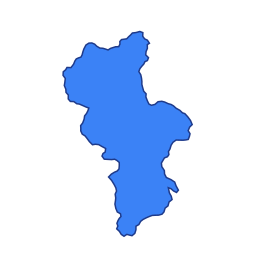 outline of Santo Antônio do Aventureiro, Minas Gerais, Brazil, rotated 147°
{"feature_id": "56859067B95763753347810", "entity_name": "Santo Antônio do Aventureiro", "entity_type": "district", "adm_level": 2, "iso_a3": "BRA", "parent_name": "Brazil", "parent_adm1": "Minas Gerais", "projection": "natural_earth1", "projection_center": [-42.811, -21.75], "detail": "fine", "context": "isolated", "style": "filled", "palette": "blue", "viewbox_px": 256, "rotation_deg": 147, "n_neighbors": 0, "source": "geoboundaries", "source_scale": "gbopen_adm2", "svg_char_len": 2379}
<svg xmlns="http://www.w3.org/2000/svg" viewBox="0 0 256 256"><g transform="rotate(147 128 128)"><path d="M192.4,49.6L191.5,46.0L191.6,42.4L190.3,39.4L186.9,39.4L185.1,37.4L183.3,35.5L179.7,35.9L176.8,38.3L174.8,41.3L171.5,41.1L168.3,42.8L165.2,43.1L161.3,42.7L157.9,42.1L155.3,41.5L152.5,39.9L149.7,38.2L146.4,37.2L143.6,38.0L140.5,40.6L136.9,40.9L133.9,43.6L130.0,44.0L128.9,47.2L128.6,51.1L126.7,56.0L125.0,53.6L124.1,50.4L122.4,47.5L119.6,48.4L119.2,53.3L118.3,57.2L120.0,61.2L122.8,65.6L122.4,69.5L120.7,72.5L120.7,77.2L119.1,80.4L116.3,81.8L113.7,83.1L110.6,82.4L108.2,83.4L106.9,86.2L104.3,87.5L101.2,90.1L98.1,91.5L94.2,91.7L91.0,89.5L88.5,87.8L86.0,86.5L83.7,85.6L81.2,87.4L79.1,89.4L79.0,93.0L75.8,95.2L72.3,95.9L71.5,100.3L71.8,105.0L72.5,109.1L74.1,111.1L74.9,114.6L76.9,118.4L77.8,121.8L79.0,124.2L81.1,126.6L83.1,129.8L85.1,132.0L88.5,133.7L92.5,133.1L96.0,134.3L97.4,136.7L97.0,140.0L96.1,144.3L94.2,146.8L94.8,150.3L93.6,154.2L92.6,157.1L91.0,159.5L89.5,162.5L88.3,165.7L88.2,169.4L85.7,171.3L82.7,172.3L80.0,173.0L77.7,174.4L75.0,174.0L72.5,175.8L73.3,179.7L71.2,182.3L68.4,184.2L66.4,187.4L63.9,187.4L63.9,191.1L65.5,193.7L65.7,196.9L63.6,199.9L65.5,202.5L69.3,203.7L72.6,205.3L75.2,204.6L77.7,204.2L80.5,203.5L82.9,204.6L85.3,205.7L87.7,205.0L89.1,202.7L91.5,201.3L94.2,202.9L96.7,203.6L99.3,204.3L102.2,204.3L104.0,206.6L105.6,208.5L108.1,210.4L109.7,213.7L110.3,216.5L112.0,219.0L114.6,220.5L118.1,220.5L122.0,218.3L124.4,216.4L126.7,214.3L128.9,213.1L131.5,213.8L133.8,214.1L136.1,213.1L138.8,211.2L142.9,209.7L146.2,212.0L148.6,210.8L151.7,210.4L153.8,207.5L153.6,203.7L156.1,200.7L158.3,198.3L159.0,194.4L160.6,191.6L160.1,188.2L162.3,184.9L161.9,181.7L159.0,179.6L157.8,176.3L155.8,174.6L153.8,171.6L151.8,168.5L150.0,166.1L152.1,164.4L154.8,162.8L157.8,161.8L160.0,159.3L163.3,156.9L166.4,155.8L167.7,153.5L169.2,151.3L169.7,147.8L168.3,144.7L168.0,141.6L167.8,137.6L166.9,133.3L164.3,132.2L161.6,130.0L160.0,126.8L157.9,123.0L160.2,120.3L162.9,120.2L165.1,118.6L164.9,114.8L161.5,112.3L158.9,110.4L156.2,109.1L155.0,106.9L154.1,103.9L155.8,101.2L157.8,98.6L160.5,97.8L163.4,98.3L167.1,98.4L171.0,97.5L170.3,92.9L170.4,88.2L170.8,84.4L172.0,81.3L174.8,79.5L176.4,76.0L178.0,74.0L180.4,71.3L182.0,67.2L182.7,63.4L181.0,60.2L182.1,57.6L184.7,56.9L186.8,55.8L189.2,54.1L189.9,51.3L192.4,49.6Z" fill="#3b82f6" stroke="#1e3a8a" stroke-width="1.5"/></g></svg>